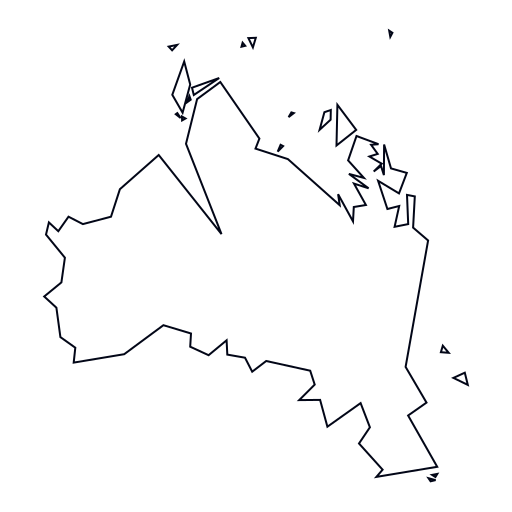 outline of Livingstone, Queensland, Australia
{"feature_id": "25037944B91391383703186", "entity_name": "Livingstone", "entity_type": "district", "adm_level": 2, "iso_a3": "AUS", "parent_name": "Australia", "parent_adm1": "Queensland", "projection": "albers", "projection_center": [150.606, -22.725], "detail": "medium", "context": "isolated", "style": "outline", "palette": "ink", "viewbox_px": 512, "rotation_deg": 0, "n_neighbors": 0, "source": "geoboundaries", "source_scale": "gbopen_adm2", "svg_char_len": 1892}
<svg xmlns="http://www.w3.org/2000/svg" viewBox="0 0 512 512"><path d="M124.2,354.2L163.4,325.2L191.0,333.5L190.2,346.7L208.6,355.2L226.6,340.3L227.3,354.6L245.0,357.7L252.2,371.7L266.2,361.0L310.2,370.7L314.7,384.6L299.2,400.1L320.1,399.9L327.4,426.7L360.6,403.1L369.9,427.3L359.0,443.5L382.6,469.7L376.4,476.9L437.2,466.8L408.1,415.5L426.5,402.6L405.6,366.9L428.1,240.5L413.1,227.6L414.8,196.4L407.0,194.9L408.2,224.1L394.6,226.8L399.2,206.0L387.4,209.0L378.1,180.8L399.0,193.4L406.8,172.9L391.0,168.4L384.1,144.5L383.9,175.1L381.0,166.0L373.7,171.5L381.7,163.7L369.4,156.5L377.7,153.9L371.1,144.8L378.5,144.2L356.5,136.0L348.1,160.4L363.9,177.9L348.9,173.9L368.6,188.3L354.0,183.6L365.9,205.0L353.8,207.0L353.0,221.4L338.1,194.2L339.7,205.2L287.9,159.1L255.5,148.6L259.4,138.6L220.3,82.0L197.1,99.1L186.0,143.8L221.5,234.1L158.7,155.0L119.9,189.2L111.0,216.7L82.9,224.1L68.5,216.7L58.3,231.2L48.9,222.4L46.0,234.6L64.9,257.7L61.4,282.4L44.2,296.5L56.4,307.7L60.4,337.1L75.3,347.7L73.7,362.6L124.2,354.2ZM172.3,94.8L182.6,112.7L190.2,84.5L184.2,61.5L172.3,94.8ZM337.4,104.8L336.5,145.5L356.2,129.9L337.4,104.8ZM219.2,78.0L192.0,87.7L193.8,95.0L219.2,78.0ZM453.4,377.9L467.8,384.9L464.8,372.7L453.4,377.9ZM319.6,129.8L330.6,119.7L330.8,110.0L324.4,112.2L319.6,129.8ZM252.9,47.4L255.8,37.8L248.4,38.1L252.9,47.4ZM440.9,352.2L448.7,352.8L442.8,345.7L440.9,352.2ZM185.5,118.5L182.0,116.5L182.1,120.4L185.5,118.5ZM168.7,46.6L172.1,50.3L177.1,44.9L168.7,46.6ZM175.8,114.2L180.6,118.0L177.3,113.1L175.8,114.2ZM430.6,481.3L435.6,480.1L428.5,478.2L430.6,481.3ZM291.4,112.4L288.6,117.1L293.8,113.1L291.4,112.4ZM187.3,102.1L190.7,99.7L189.4,96.1L187.3,102.1ZM389.2,30.7L390.3,36.8L392.4,32.8L389.2,30.7ZM432.1,474.9L435.4,477.0L437.3,473.9L432.1,474.9ZM280.6,144.8L277.7,151.6L283.1,146.1L280.6,144.8ZM242.6,42.7L241.5,46.7L245.2,45.8L242.6,42.7Z" fill="none" stroke="#020617" stroke-width="2"/></svg>